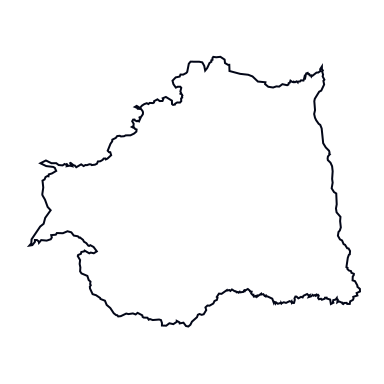 Atebubu Amantin, Brong Ahafo, Ghana, rotated 358°
{"feature_id": "2480657B7685147466351", "entity_name": "Atebubu Amantin", "entity_type": "district", "adm_level": 2, "iso_a3": "GHA", "parent_name": "Ghana", "parent_adm1": "Brong Ahafo", "projection": "orthographic", "projection_center": [-1.011, 7.728], "detail": "fine", "context": "isolated", "style": "outline", "palette": "ink", "viewbox_px": 384, "rotation_deg": 358, "n_neighbors": 0, "source": "geoboundaries", "source_scale": "gbopen_adm2", "svg_char_len": 5960}
<svg xmlns="http://www.w3.org/2000/svg" viewBox="0 0 384 384"><g transform="rotate(358 192 192)"><path d="M79.3,248.1L78.8,249.9L76.0,251.0L75.6,252.1L77.8,256.1L77.2,260.0L77.8,263.5L77.4,267.4L78.7,269.5L84.5,272.2L85.7,276.4L87.4,278.0L87.0,280.5L87.6,281.6L86.6,283.0L86.7,284.9L89.1,290.6L92.5,291.8L96.5,294.7L96.8,295.7L101.2,297.6L102.8,301.9L106.3,305.1L109.6,310.5L111.9,312.4L113.1,312.6L113.9,313.8L116.5,313.6L122.0,311.2L124.3,311.8L128.7,311.3L131.4,312.4L133.4,310.9L138.0,313.5L138.3,315.1L139.3,315.8L143.1,316.1L144.3,318.1L145.5,317.5L148.3,318.6L154.7,318.3L156.5,318.9L157.4,321.8L157.3,324.4L161.6,324.7L164.8,322.4L168.7,323.4L172.3,321.2L172.3,320.3L174.9,321.8L175.1,322.9L178.9,322.3L181.3,325.7L183.6,326.3L185.8,324.6L187.4,321.6L192.6,317.3L193.6,314.9L195.2,314.2L197.4,315.1L199.4,314.6L202.1,310.5L201.4,307.8L203.5,306.0L205.6,306.2L209.4,304.2L210.7,301.7L213.1,300.7L213.8,298.5L213.1,297.8L215.4,294.5L218.0,294.8L223.5,291.2L223.7,291.7L225.9,291.3L226.9,292.2L228.5,290.8L231.1,292.6L232.2,292.7L233.0,293.8L234.2,293.5L234.9,294.2L236.2,293.3L236.6,294.0L240.0,293.6L240.3,292.8L241.2,292.9L241.2,291.9L242.3,292.0L244.4,290.9L246.4,292.7L246.5,293.4L248.1,293.7L247.6,295.4L249.1,297.1L249.8,296.9L250.1,298.6L251.7,298.2L251.7,298.8L252.8,298.9L252.8,298.2L253.8,297.6L254.4,297.7L254.2,298.3L257.5,296.1L257.6,296.9L259.7,296.6L261.0,298.4L262.2,298.0L262.3,299.0L263.6,298.9L268.5,301.4L269.9,305.7L270.4,304.6L271.5,305.1L271.7,306.2L272.3,305.4L273.9,306.7L276.4,306.0L277.1,306.5L277.2,305.9L277.5,306.4L279.9,305.4L282.1,306.1L285.7,304.5L287.4,305.3L287.7,304.9L287.9,306.2L288.5,305.6L289.2,306.5L290.1,306.4L291.0,303.3L290.7,301.9L291.7,300.1L292.8,300.2L294.5,301.9L295.0,301.5L294.8,301.1L295.4,301.6L297.3,300.6L298.9,301.2L299.8,299.6L303.5,298.0L305.1,299.6L305.8,299.3L304.9,301.1L307.5,300.4L309.0,299.0L310.0,299.9L311.4,299.2L312.0,300.0L312.9,299.1L313.1,299.7L314.4,299.2L315.0,300.0L314.3,302.3L315.1,303.6L317.2,303.2L318.0,304.2L320.9,303.3L321.2,302.3L322.9,302.3L323.1,303.2L326.3,304.3L326.9,308.8L329.4,307.6L329.0,306.8L329.4,305.0L331.8,304.5L333.0,303.0L333.1,304.2L333.9,304.6L333.4,307.3L334.9,306.4L337.9,307.8L338.4,308.6L338.8,308.2L339.4,309.1L340.5,308.2L342.7,308.2L343.2,309.3L345.7,309.4L346.3,306.8L349.0,305.5L349.7,304.1L349.5,302.4L353.7,301.2L353.0,298.7L356.4,297.3L356.4,294.7L354.0,292.5L354.0,291.2L351.8,286.8L349.4,285.9L349.7,282.1L350.8,280.6L350.9,279.4L348.5,278.3L348.2,276.7L345.9,275.8L344.6,274.3L344.8,273.2L343.7,272.5L345.4,263.2L346.6,260.2L347.5,259.8L347.9,256.5L346.5,253.9L345.1,253.6L343.1,250.1L341.7,249.4L340.3,245.7L338.2,244.5L336.3,240.8L337.0,237.1L338.4,235.6L339.5,232.6L339.0,226.3L339.5,222.0L335.8,217.4L335.3,213.5L336.2,209.4L336.1,198.5L333.9,197.0L331.7,193.2L332.9,187.6L332.5,183.9L333.3,176.2L332.9,171.1L331.4,167.5L328.9,164.9L328.7,163.3L329.1,161.2L331.1,159.1L330.5,158.5L330.8,157.2L330.4,155.6L327.2,152.1L324.8,147.8L323.8,133.0L322.5,129.4L321.0,128.3L318.6,124.6L317.5,122.0L316.8,118.3L317.8,114.5L317.4,105.5L318.0,103.1L322.6,96.2L324.7,95.2L327.8,89.2L327.2,85.5L328.2,84.4L326.6,81.0L327.1,79.3L326.3,76.2L327.0,75.1L326.1,73.7L326.2,71.1L324.4,73.7L324.5,75.7L322.3,77.0L320.6,77.0L316.5,80.0L315.9,79.7L315.3,80.7L314.8,79.6L313.6,79.5L313.3,78.3L312.2,78.2L311.8,77.0L310.3,77.5L309.5,79.7L308.8,79.6L308.4,81.1L309.3,81.1L308.9,82.7L308.0,82.6L307.3,84.5L304.8,84.2L303.8,85.3L301.5,85.4L301.4,86.1L300.3,85.1L298.7,85.9L297.6,85.3L297.3,85.8L296.0,85.5L294.3,84.2L293.6,86.1L292.4,86.6L292.1,88.0L290.8,88.6L286.1,87.4L282.8,89.7L280.0,89.4L276.7,90.4L271.9,89.5L268.8,86.7L269.2,84.9L261.7,83.9L256.5,78.6L252.3,76.8L244.2,75.6L233.7,72.4L233.7,66.2L232.5,66.2L229.5,64.3L229.2,60.8L225.1,57.9L220.9,58.2L218.0,57.7L217.1,58.9L217.1,60.6L215.9,61.1L215.9,62.5L214.0,63.7L211.5,68.7L209.4,71.1L208.6,66.3L206.8,62.8L203.9,62.1L195.1,61.7L193.3,63.7L191.4,71.8L190.4,72.9L187.2,74.4L184.6,74.2L183.7,76.2L179.7,76.9L176.4,80.1L177.2,83.6L179.5,87.1L181.4,86.3L184.0,86.4L184.9,87.5L183.9,91.1L184.5,92.6L183.9,93.4L185.3,94.1L185.8,95.3L185.3,95.9L185.5,97.3L184.4,98.1L184.4,100.9L183.1,102.2L180.3,102.0L178.2,103.2L178.0,104.0L176.1,104.3L175.1,103.4L175.1,100.0L169.2,96.1L166.0,97.3L166.5,98.3L165.7,100.0L162.9,100.0L160.7,98.2L157.3,99.9L157.2,101.2L156.1,101.8L152.8,101.5L151.5,102.6L149.9,101.7L147.4,102.5L144.9,104.0L143.0,106.2L139.7,104.0L137.9,105.0L140.1,106.0L140.6,106.9L144.0,107.3L145.6,109.7L145.8,111.0L145.6,112.6L143.9,114.9L143.0,115.6L141.4,115.4L143.1,116.3L141.5,119.6L140.5,118.9L139.5,119.4L137.6,118.5L137.1,117.6L135.7,117.6L134.7,119.2L136.1,121.8L135.8,124.0L134.2,124.9L135.6,125.7L136.2,125.3L137.3,127.0L138.8,127.6L138.5,129.7L136.1,131.6L132.5,133.2L127.7,133.1L126.0,133.9L122.9,134.0L121.8,133.3L119.2,133.5L117.7,135.3L114.2,136.9L114.0,138.6L112.2,141.0L109.2,147.8L110.5,149.3L111.7,149.4L112.5,152.4L108.6,155.7L107.0,156.4L106.6,155.5L104.9,155.5L103.8,156.8L101.4,158.1L99.0,158.2L98.0,160.4L96.0,161.3L92.7,161.6L92.0,160.9L90.4,160.7L87.9,161.5L86.4,161.3L84.6,162.3L82.2,160.5L77.2,163.2L75.8,161.5L74.5,161.1L71.7,158.7L71.3,158.9L73.0,162.0L70.8,161.4L67.9,161.8L68.5,160.6L67.8,159.7L66.5,160.2L65.6,159.6L63.6,160.9L59.7,160.4L57.4,158.5L52.5,158.3L47.1,155.4L41.5,158.0L47.2,161.0L54.1,162.1L55.7,163.0L57.0,166.2L52.6,168.6L49.5,169.4L49.1,171.3L48.0,171.0L46.1,172.0L45.1,174.3L43.0,175.4L43.5,182.4L42.3,189.0L42.5,190.2L44.8,194.5L47.2,201.9L50.1,205.3L44.4,212.7L42.6,218.6L39.1,221.2L30.0,233.7L29.6,237.7L27.6,239.9L30.6,239.5L33.3,236.3L33.3,234.5L35.4,234.6L37.1,236.1L37.3,237.4L39.6,234.8L45.1,235.5L49.2,234.3L50.3,232.6L49.8,230.2L54.4,229.9L55.5,228.3L61.5,228.7L66.2,226.9L70.0,228.1L72.3,231.4L76.4,232.3L77.7,233.8L78.4,233.5L81.4,236.0L82.3,237.9L84.6,239.4L86.5,242.0L87.3,242.3L88.5,241.6L91.7,243.5L94.8,248.0L91.7,249.8L88.7,249.0L87.2,249.7L82.6,246.8L82.1,247.6L79.3,248.1Z" fill="none" stroke="#020617" stroke-width="2"/></g></svg>